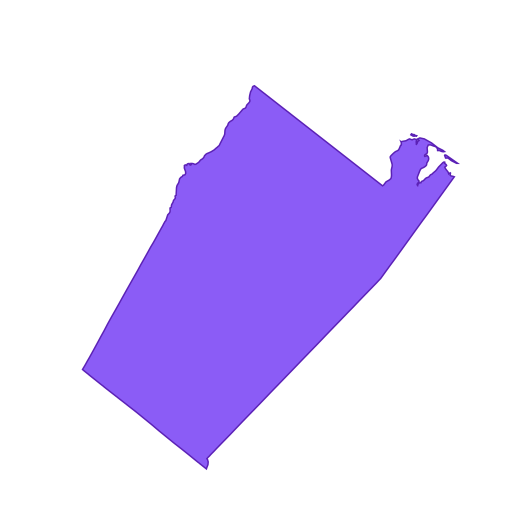 the border of Alabama, rotated 218°
{"feature_id": "USA-3541", "entity_name": "Alabama", "entity_type": "State", "adm_level": 1, "iso_a3": "USA", "parent_name": "United States of America", "parent_adm1": "", "projection": "equal_earth", "projection_center": [-86.886, 32.617], "detail": "fine", "context": "isolated", "style": "filled", "palette": "violet", "viewbox_px": 512, "rotation_deg": 218, "n_neighbors": 0, "source": "natural_earth", "source_scale": "10m", "svg_char_len": 5315}
<svg xmlns="http://www.w3.org/2000/svg" viewBox="0 0 512 512"><g transform="rotate(218 256 256)"><path d="M210.4,432.8L209.9,432.5L209.9,433.0L210.4,433.8L210.9,434.3L211.4,434.9L212.1,435.3L211.6,435.3L211.5,436.1L208.8,439.1L208.2,440.5L207.7,441.8L207.0,442.9L205.4,443.3L204.4,443.8L203.9,444.9L203.1,445.9L201.7,446.3L200.7,446.1L200.4,445.7L200.4,445.2L200.0,444.5L198.9,443.4L198.6,442.8L198.3,442.8L198.4,444.2L198.8,445.1L199.0,446.0L198.6,447.4L199.3,447.5L200.0,447.4L200.6,447.1L201.2,446.8L199.6,449.9L195.5,451.9L187.2,453.2L179.4,453.2L173.9,454.3L171.8,454.3L172.6,453.4L174.0,452.7L176.4,452.0L177.0,451.7L177.4,451.1L177.8,450.9L179.1,452.3L181.6,452.8L184.0,451.9L186.9,451.0L188.6,449.6L187.9,446.8L184.9,443.5L184.5,442.5L184.6,441.6L185.2,439.7L185.1,439.1L184.5,438.4L184.2,438.4L184.0,438.8L183.2,440.0L183.3,440.4L183.2,440.6L182.3,440.5L181.5,440.3L180.9,440.0L180.4,439.6L179.9,439.1L179.4,438.3L179.1,437.5L178.9,436.6L178.8,435.6L178.7,434.6L178.2,433.7L177.8,433.0L177.6,432.5L177.7,431.1L178.2,429.5L178.9,428.0L179.5,427.0L179.7,425.7L179.4,424.1L177.5,417.7L176.8,416.6L175.4,415.8L174.6,415.6L174.0,415.6L173.5,415.3L173.3,414.3L173.4,413.1L173.3,412.1L172.9,411.3L172.0,411.1L172.5,412.3L172.5,413.5L172.0,414.5L171.1,415.2L171.5,416.4L171.2,417.2L170.6,418.1L170.3,419.5L170.2,421.2L169.9,422.3L169.4,423.2L168.8,424.1L168.5,424.7L168.5,425.5L168.5,427.0L168.4,427.6L167.8,428.6L167.7,429.3L167.5,430.7L166.9,433.5L166.8,435.0L166.9,438.5L166.2,444.7L165.8,445.7L165.1,446.2L164.8,446.0L164.7,445.5L164.6,445.2L163.3,445.1L163.2,445.2L162.2,445.0L161.6,444.8L161.5,444.0L162.0,442.2L160.2,441.4L156.3,440.4L154.7,439.4L154.6,440.0L154.5,440.3L154.3,440.6L154.2,441.1L153.8,441.1L152.7,439.2L151.4,439.2L150.0,440.0L148.5,440.5L148.2,432.6L147.9,424.7L147.6,416.9L147.3,409.0L147.0,401.1L146.7,393.3L146.5,385.4L146.2,377.6L145.9,369.7L145.6,361.9L145.3,354.1L145.0,346.2L144.7,338.4L144.5,330.6L144.2,322.7L143.9,314.9L144.0,314.2L144.2,312.2L144.5,308.8L145.0,304.3L145.6,298.7L146.3,292.2L147.1,284.7L147.9,276.4L148.9,267.4L149.9,257.8L151.0,247.6L152.1,237.0L153.2,226.1L154.4,214.9L155.6,203.5L156.8,192.0L158.0,180.6L159.2,169.2L160.4,158.1L161.5,147.2L162.6,136.7L163.7,126.6L164.7,117.1L165.6,108.2L166.4,100.0L167.2,92.6L167.9,86.2L168.5,80.7L168.9,76.3L169.3,73.0L169.5,71.0L169.5,70.3L169.9,67.3L169.9,66.0L168.9,65.8L166.9,64.3L165.4,62.0L164.4,58.7L164.0,57.7L164.7,57.7L166.8,57.7L176.5,57.8L186.2,58.0L195.6,58.1L205.3,58.1L215.0,58.3L224.7,58.5L234.4,58.9L244.1,59.1L253.8,59.3L263.5,59.3L273.2,59.3L282.9,59.3L292.6,59.3L302.1,59.4L312.0,59.5L322.8,59.7L322.9,60.2L323.1,61.6L323.2,62.6L323.6,65.6L324.2,69.3L324.8,73.7L325.6,78.7L326.5,84.2L327.5,90.3L328.6,96.7L329.7,103.6L331.0,110.7L332.2,118.1L333.3,125.6L334.5,133.6L335.7,141.1L336.9,148.8L338.2,157.4L339.2,164.1L340.3,171.5L341.5,178.7L342.5,185.5L343.5,192.0L344.5,198.1L345.2,203.7L346.0,208.8L346.7,213.2L347.3,217.0L347.8,220.0L348.1,222.3L348.4,223.7L348.5,224.2L349.0,227.4L348.8,228.2L350.9,234.1L350.7,236.5L350.8,237.2L351.0,237.9L351.3,238.5L351.7,239.0L353.0,240.5L353.3,241.1L352.8,241.9L353.0,242.7L353.6,243.5L354.1,244.5L354.5,247.3L355.2,249.0L355.2,250.1L355.1,251.6L355.5,252.3L356.2,252.9L356.7,253.5L356.3,254.6L360.7,260.9L361.4,262.3L361.7,263.3L362.0,266.0L362.5,267.3L363.1,268.5L363.7,269.7L363.7,270.8L363.6,271.9L363.2,272.8L363.0,273.6L363.3,274.6L362.0,276.2L362.2,277.7L363.4,279.1L366.4,281.0L367.0,281.6L367.4,282.5L367.7,282.6L368.0,282.8L368.1,283.4L367.9,284.1L367.5,284.5L367.0,284.7L366.4,284.8L366.8,285.8L366.6,286.6L366.1,287.3L365.6,287.7L364.5,287.1L363.5,287.4L363.3,288.1L364.3,288.8L363.6,289.4L362.6,290.0L361.5,290.4L360.7,290.5L360.3,290.8L359.8,291.6L358.9,294.3L358.8,295.0L358.8,297.0L358.6,298.1L358.0,299.6L357.8,301.5L358.3,303.3L358.1,305.4L358.0,305.7L357.5,307.0L357.2,307.3L355.5,310.6L354.3,313.8L353.8,316.6L353.5,317.7L353.4,318.1L353.4,318.6L353.0,320.4L353.4,322.1L355.2,331.4L355.7,332.8L357.9,336.1L358.5,337.7L358.6,338.7L358.7,341.0L358.8,341.7L359.4,343.3L359.5,344.4L359.1,346.4L358.4,348.0L358.1,349.7L358.7,352.1L357.4,354.1L357.0,357.2L356.7,363.6L356.4,364.3L355.6,365.6L355.4,366.5L355.5,367.1L356.1,368.8L356.2,369.6L355.9,372.6L356.0,373.9L356.7,375.0L358.0,375.7L359.7,378.4L361.3,381.9L362.1,385.8L362.7,386.7L362.8,387.6L362.6,388.3L362.2,388.8L362.0,389.2L352.1,389.2L342.1,389.2L332.1,389.2L322.1,389.2L312.1,389.2L302.2,389.2L292.2,389.2L282.2,389.2L272.2,389.2L262.2,389.2L252.3,389.2L242.3,389.2L232.3,389.2L222.3,389.2L212.3,389.2L202.4,389.2L199.5,389.2L199.1,390.4L199.2,394.3L199.1,394.7L197.8,397.9L197.6,398.8L197.5,399.3L197.4,399.8L197.5,400.5L197.8,401.2L198.4,402.3L199.1,403.3L202.1,406.8L202.5,407.4L203.8,410.2L204.7,411.6L205.6,412.4L210.6,416.0L211.1,416.5L211.3,416.8L211.4,417.7L211.3,418.9L210.9,421.8L210.4,424.0L209.3,426.2L209.1,427.0L209.0,427.3L209.2,428.7L210.3,432.7L210.4,432.8L210.4,432.8ZM169.3,452.0L168.5,452.4L168.0,452.5L154.1,453.2L155.0,452.5L160.8,451.4L164.3,451.4L165.3,451.2L165.9,450.8L166.3,450.3L166.9,449.9L169.3,451.4L169.3,452.0ZM206.3,447.1L208.6,446.8L208.7,448.0L207.1,448.4L206.0,449.1L205.5,448.9L204.1,449.4L203.4,449.7L203.4,449.1L204.2,448.8L204.6,448.3L205.0,447.9L205.6,447.4L205.9,447.3L206.3,447.1Z" fill="#8b5cf6" stroke="#5b21b6" stroke-width="1.5"/></g></svg>